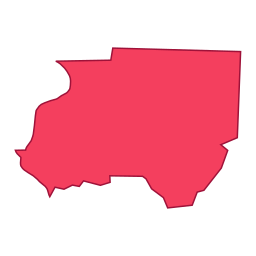 outline of Dyer, Tennessee, United States of America
{"feature_id": "52423323B67053212067628", "entity_name": "Dyer", "entity_type": "district", "adm_level": 2, "iso_a3": "USA", "parent_name": "United States of America", "parent_adm1": "Tennessee", "projection": "albers", "projection_center": [-89.571, 36.047], "detail": "fine", "context": "isolated", "style": "filled", "palette": "rose", "viewbox_px": 256, "rotation_deg": 0, "n_neighbors": 0, "source": "geoboundaries", "source_scale": "gbopen_adm2", "svg_char_len": 935}
<svg xmlns="http://www.w3.org/2000/svg" viewBox="0 0 256 256"><path d="M227.7,150.4L220.8,144.7L237.3,137.7L240.6,51.6L112.8,48.1L110.8,60.2L55.8,61.2L58.0,62.3L60.2,63.8L64.6,68.1L67.0,71.3L69.5,75.7L70.3,78.2L70.6,81.1L70.4,85.2L70.0,88.1L69.6,89.3L67.7,91.9L66.5,93.0L61.4,95.7L57.5,98.5L56.3,99.1L50.5,100.7L44.8,102.8L41.3,104.4L39.1,106.3L36.6,109.8L36.1,110.8L35.4,115.7L34.4,125.7L33.3,134.2L32.7,136.5L31.2,140.7L26.9,146.7L26.1,148.2L25.6,150.1L15.4,150.3L16.1,152.1L17.2,153.7L20.8,157.3L20.9,157.8L20.5,162.8L20.6,164.6L20.9,165.9L22.6,168.4L24.3,170.0L28.3,172.7L33.3,175.8L37.4,179.3L39.5,181.6L45.3,186.4L46.9,188.5L47.6,190.2L49.0,195.0L49.8,196.7L55.0,187.2L64.0,189.2L72.4,185.1L79.3,186.4L83.5,180.9L100.4,185.3L110.1,182.3L109.8,175.8L142.6,176.3L146.0,178.8L151.6,188.8L163.4,197.6L167.7,207.9L192.2,205.2L197.2,192.1L203.9,190.3L221.3,168.1L227.7,150.4Z" fill="#f43f5e" stroke="#9f1239" stroke-width="1.5"/></svg>